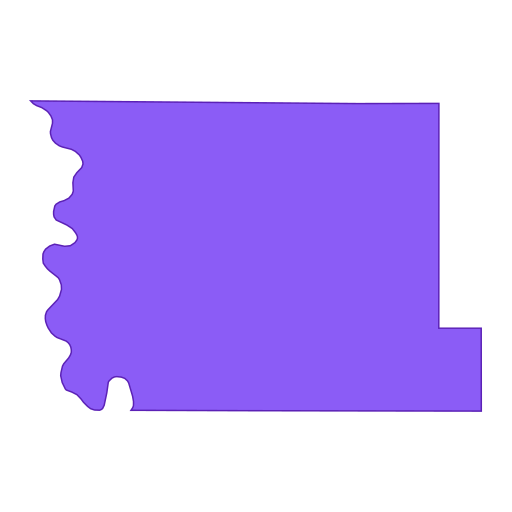 the district of Harrison, Iowa, United States of America
{"feature_id": "52423323B91984368799839", "entity_name": "Harrison", "entity_type": "district", "adm_level": 2, "iso_a3": "USA", "parent_name": "United States of America", "parent_adm1": "Iowa", "projection": "robinson", "projection_center": [-96.054, 41.686], "detail": "fine", "context": "isolated", "style": "filled", "palette": "violet", "viewbox_px": 512, "rotation_deg": 0, "n_neighbors": 0, "source": "geoboundaries", "source_scale": "gbopen_adm2", "svg_char_len": 1511}
<svg xmlns="http://www.w3.org/2000/svg" viewBox="0 0 512 512"><path d="M357.9,103.6L30.7,100.9L33.4,103.7L36.6,105.6L41.8,107.6L46.7,110.8L48.3,112.3L50.9,115.9L52.5,119.8L52.5,123.3L50.4,131.5L50.5,133.7L51.5,137.6L52.8,140.2L55.5,143.2L59.3,145.8L62.4,147.0L71.4,149.3L75.2,151.3L79.4,155.0L81.0,157.5L82.7,161.3L83.0,164.0L81.7,167.6L76.9,172.6L73.8,177.1L72.9,182.7L73.3,191.1L72.2,194.3L68.8,198.2L63.9,200.7L59.8,201.9L56.1,204.2L54.8,206.0L53.6,211.5L53.6,214.3L54.1,216.9L56.2,220.0L66.8,225.0L72.3,228.6L75.5,232.7L76.8,234.9L77.4,236.5L77.5,238.2L77.0,239.8L74.9,242.7L70.4,245.7L64.7,246.3L54.5,244.2L49.7,246.0L45.6,249.1L43.9,251.7L43.0,254.0L42.8,258.8L42.8,259.0L43.3,263.2L45.3,266.2L47.5,268.9L50.0,271.2L58.2,277.7L59.5,279.7L61.3,284.8L61.5,289.4L59.6,296.1L57.6,299.6L48.1,309.6L46.6,311.6L45.4,315.3L45.3,318.6L45.7,321.6L46.9,325.2L48.3,328.2L51.4,332.9L54.9,336.1L57.0,337.5L66.0,341.0L68.0,342.5L69.7,344.6L70.8,347.1L71.3,349.8L71.3,352.4L70.4,355.0L68.7,357.9L63.8,363.7L62.5,366.1L61.0,372.5L60.7,375.7L62.2,382.5L65.3,388.9L66.3,390.0L71.7,392.0L77.0,394.7L80.9,398.8L83.6,402.4L87.6,406.4L90.6,408.7L94.5,410.0L99.7,410.2L101.5,409.4L102.6,408.5L104.2,405.2L106.8,392.8L108.3,382.2L109.1,380.9L112.0,378.1L114.5,376.9L116.7,376.6L121.3,377.1L124.8,378.4L127.5,380.9L128.7,383.0L132.6,396.2L133.5,401.4L133.5,404.1L133.4,406.0L132.6,407.9L131.0,410.3L252.7,410.7L481.3,411.1L481.2,328.2L438.8,328.2L438.9,103.4L357.9,103.6Z" fill="#8b5cf6" stroke="#5b21b6" stroke-width="1.5"/></svg>